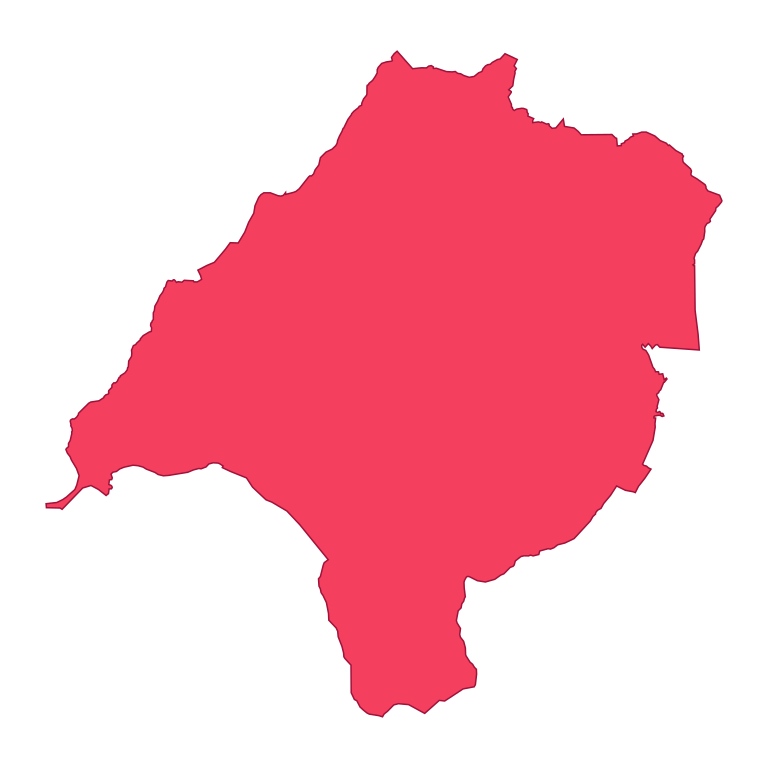 outline of Targu Ocna, Bacau, Romania
{"feature_id": "2599482B20348732028695", "entity_name": "Targu Ocna", "entity_type": "district", "adm_level": 2, "iso_a3": "ROU", "parent_name": "Romania", "parent_adm1": "Bacau", "projection": "natural_earth1", "projection_center": [26.604, 46.281], "detail": "fine", "context": "isolated", "style": "filled", "palette": "rose", "viewbox_px": 768, "rotation_deg": 0, "n_neighbors": 0, "source": "geoboundaries", "source_scale": "gbopen_adm2", "svg_char_len": 6036}
<svg xmlns="http://www.w3.org/2000/svg" viewBox="0 0 768 768"><path d="M475.4,684.6L476.6,674.1L476.4,669.3L474.4,667.3L472.6,664.3L470.0,662.1L466.0,655.8L465.6,654.4L465.4,648.1L464.4,644.1L463.6,641.3L460.5,637.3L459.7,634.6L460.5,628.5L457.0,622.8L456.4,620.4L458.2,610.8L461.1,607.9L461.8,603.8L463.7,601.2L464.5,598.2L465.3,596.8L464.2,587.7L464.0,582.3L464.7,580.0L466.4,577.0L467.8,576.4L469.4,576.7L477.4,580.7L485.4,582.0L494.8,579.3L500.7,575.1L503.9,573.8L510.2,567.4L513.1,566.3L514.2,565.0L515.3,561.0L520.8,556.6L524.0,555.8L528.5,555.9L530.6,555.1L533.1,555.9L538.8,554.5L539.7,551.0L548.1,548.7L550.5,549.1L554.0,547.7L557.7,544.8L564.9,543.0L574.1,538.6L590.4,520.9L592.9,516.5L595.5,514.1L595.7,512.6L597.6,510.2L601.0,508.4L603.7,503.5L610.5,495.4L616.6,486.0L625.4,490.3L633.3,491.8L635.3,492.6L638.5,486.3L644.8,478.3L651.0,469.1L648.5,467.9L646.5,466.1L643.6,465.3L642.6,464.1L653.0,440.4L655.2,427.2L655.0,423.6L655.6,418.6L655.6,418.0L654.0,418.0L653.8,417.2L654.4,416.1L658.1,415.3L660.2,415.4L662.2,416.5L663.9,415.9L662.9,413.6L661.9,413.2L660.7,413.6L660.0,411.8L659.4,411.5L657.8,412.5L656.0,411.6L656.4,409.4L657.5,407.9L657.1,406.5L658.9,399.7L656.7,395.4L656.7,394.2L658.6,392.7L659.3,391.0L660.7,389.8L663.7,382.3L664.3,382.3L667.0,379.0L666.3,378.1L664.2,379.7L662.7,373.8L659.1,374.3L658.5,371.8L655.5,371.7L654.6,369.3L652.9,367.2L648.6,355.0L645.8,350.4L643.3,349.4L641.8,347.5L641.7,345.3L642.7,344.3L645.1,347.2L648.3,343.6L650.7,346.0L652.2,348.6L655.5,345.0L657.4,344.6L659.8,347.2L699.3,350.0L698.1,334.3L695.1,310.2L694.6,265.8L693.5,265.6L693.0,264.8L694.6,263.9L694.6,259.8L694.0,258.3L695.6,253.4L697.6,251.2L701.1,244.3L702.6,240.2L703.7,239.0L704.8,231.5L704.7,228.1L705.3,226.1L707.2,223.3L708.8,222.8L710.4,221.4L709.9,219.1L715.6,210.7L715.9,208.0L718.5,205.7L721.6,201.8L721.9,200.6L719.6,195.2L707.9,190.9L706.1,188.5L705.9,186.4L705.1,184.7L696.9,178.8L691.7,175.8L690.8,174.4L691.5,171.1L690.5,168.8L683.7,162.7L682.9,161.4L682.6,158.0L683.5,156.1L682.4,155.1L682.3,154.1L675.9,150.6L669.4,145.0L668.4,145.5L666.3,143.2L660.2,140.6L654.9,136.0L646.3,132.1L641.7,132.1L636.7,133.9L632.8,134.0L633.4,136.0L630.5,137.1L628.4,139.3L625.0,141.1L624.6,142.6L621.3,143.8L621.3,145.6L617.3,145.9L616.6,138.3L615.4,137.9L611.9,134.5L581.2,134.8L578.3,131.5L574.1,128.0L564.5,126.4L563.3,119.0L555.9,127.9L552.1,128.3L549.2,125.7L549.1,124.2L548.4,123.7L546.6,124.1L541.7,121.9L540.9,122.5L538.4,121.9L532.7,122.6L532.7,120.5L533.7,118.6L527.9,116.1L528.2,113.7L527.2,112.4L526.9,109.9L526.3,109.4L523.5,108.4L521.5,108.3L516.6,109.1L514.2,110.5L512.9,109.4L512.3,107.4L511.5,106.9L511.4,104.3L508.2,96.9L511.2,92.5L511.2,91.5L508.7,89.8L512.8,85.8L513.7,79.2L515.1,73.0L514.8,71.5L516.4,68.6L514.1,65.9L517.3,59.5L505.0,53.7L500.1,59.0L497.5,59.5L492.3,62.4L490.3,64.3L487.6,64.7L485.4,66.0L483.0,68.8L482.2,71.0L481.2,71.8L478.6,72.8L474.2,76.4L469.2,77.3L463.7,75.5L460.8,73.8L457.6,73.3L455.3,71.5L452.2,71.9L446.5,71.6L436.2,68.2L433.7,68.5L433.2,68.1L433.4,66.9L431.3,65.6L428.7,66.1L426.5,67.9L421.4,67.8L412.6,68.7L397.1,51.2L394.1,53.8L391.5,57.4L392.3,60.4L391.8,61.1L386.4,61.9L381.7,63.4L378.2,67.4L377.2,69.7L377.2,72.9L375.3,76.4L372.6,80.4L369.0,83.4L368.5,84.7L367.3,85.2L367.0,86.0L366.9,94.1L366.5,95.3L363.6,98.9L361.9,102.9L361.5,105.4L359.2,106.3L358.4,107.7L353.8,111.3L351.6,113.8L351.4,114.7L348.0,119.3L343.7,128.1L343.1,128.4L342.0,131.4L339.5,136.0L337.6,140.5L337.1,143.3L335.8,145.6L332.0,149.2L326.0,152.1L320.4,157.7L318.8,165.0L315.1,169.9L313.6,173.9L311.6,175.9L309.8,175.9L308.7,176.8L299.2,188.8L296.0,191.4L293.7,192.3L285.7,194.4L285.6,192.5L283.4,195.3L281.0,196.1L278.0,195.7L270.3,192.8L263.8,192.8L260.9,194.7L258.7,197.4L255.0,205.7L253.8,213.2L248.7,222.2L244.8,232.1L238.2,243.0L230.2,242.7L225.4,249.3L214.4,262.3L206.8,265.5L197.9,270.1L200.6,275.7L201.6,279.4L197.3,281.9L194.0,281.9L193.4,280.8L184.2,280.3L182.0,282.2L178.1,281.7L176.5,282.4L174.5,279.9L173.3,279.8L172.2,281.0L168.2,280.5L166.9,282.1L165.5,286.9L164.0,288.3L163.8,289.8L162.6,292.3L159.9,295.9L157.7,301.2L154.9,306.1L154.3,310.7L153.3,312.8L153.3,319.5L152.1,321.1L151.8,322.4L151.0,322.9L150.7,324.3L150.6,325.7L151.6,327.8L151.3,331.4L149.2,332.0L143.2,335.6L140.3,338.9L140.4,339.7L136.5,343.3L135.7,344.6L133.4,345.6L131.5,350.2L131.8,353.1L131.5,356.4L128.7,361.0L128.3,366.9L127.6,367.7L127.2,369.9L124.9,372.9L120.4,375.8L120.4,376.6L119.1,377.5L117.1,381.5L115.5,382.9L113.8,382.8L112.4,384.3L111.9,385.1L111.9,387.3L108.8,390.5L108.5,392.1L108.9,392.9L108.2,394.1L105.9,394.8L104.1,396.5L103.8,397.6L99.0,400.8L90.8,402.0L88.7,403.2L78.6,413.2L78.2,414.9L76.6,417.2L74.3,419.0L72.3,418.9L70.6,420.0L70.2,421.1L71.0,424.8L70.8,425.8L72.1,428.4L72.3,430.9L71.7,431.8L71.8,433.5L70.2,440.5L68.5,443.4L68.5,446.7L66.4,448.5L65.9,449.5L67.4,453.2L70.1,456.7L71.3,459.8L76.5,468.5L79.1,475.7L76.8,484.9L74.9,489.5L66.5,497.0L62.9,499.5L56.8,502.5L46.1,503.7L46.4,507.7L59.9,508.0L62.1,509.3L82.7,488.0L91.0,485.5L98.5,489.5L106.1,495.5L108.5,493.6L109.1,488.9L111.5,488.8L112.2,487.6L111.9,486.3L110.9,485.3L108.8,484.5L109.4,479.9L111.7,479.6L112.3,477.9L111.0,474.1L112.9,472.2L116.4,471.5L119.8,468.9L124.1,467.2L133.0,465.2L138.0,465.7L143.1,467.1L146.3,469.1L154.9,472.4L158.1,474.5L163.4,475.8L168.7,475.4L187.7,472.3L193.5,469.9L198.8,468.5L201.1,468.8L206.1,466.9L208.8,464.0L213.1,462.8L218.1,463.1L219.6,463.7L223.1,466.0L222.3,467.6L230.6,471.5L246.5,477.9L252.6,487.2L266.0,499.8L271.8,502.1L286.9,511.0L299.7,524.6L328.2,559.7L324.2,562.7L323.2,565.3L320.4,576.5L318.5,578.8L319.0,586.1L320.4,589.0L321.1,592.7L323.0,595.4L326.4,602.5L328.5,613.4L328.8,620.2L336.2,628.0L337.7,631.3L338.2,636.8L342.0,646.5L343.6,653.0L343.9,656.8L345.0,658.6L351.0,665.1L351.2,692.7L354.4,699.5L356.8,700.7L360.1,707.1L363.3,710.0L367.0,713.0L369.2,714.1L378.7,715.6L382.5,716.8L384.2,713.9L387.4,711.4L393.8,704.9L398.4,703.7L408.6,704.6L424.7,713.4L439.3,700.4L444.7,701.0L463.1,688.9L474.2,686.8L475.4,684.6Z" fill="#f43f5e" stroke="#9f1239" stroke-width="1.5"/></svg>